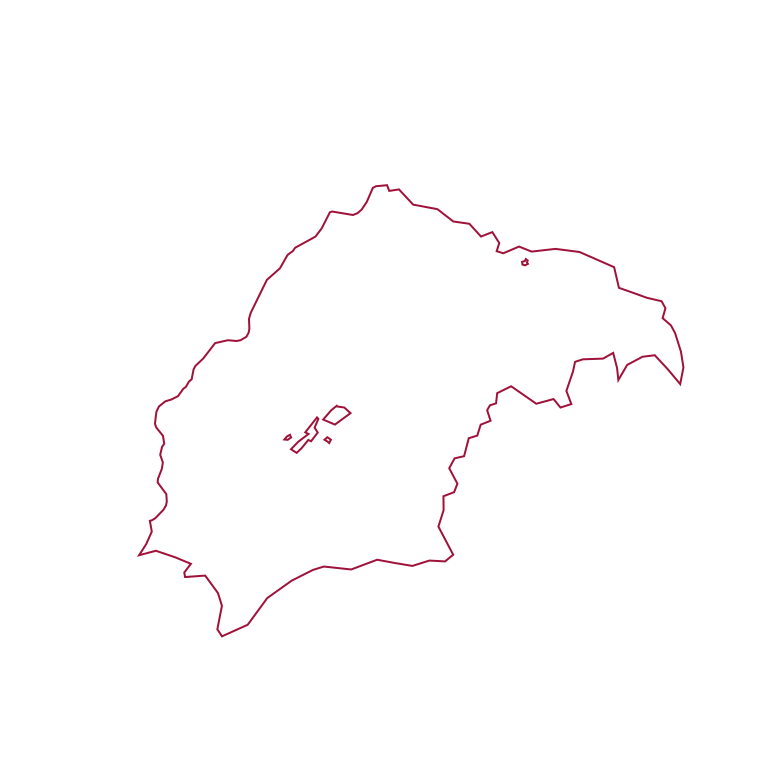 outline of Akhangaran, Tashkent, Uzbekistan, rotated 159°
{"feature_id": "79887680B39999061670418", "entity_name": "Akhangaran", "entity_type": "district", "adm_level": 2, "iso_a3": "UZB", "parent_name": "Uzbekistan", "parent_adm1": "Tashkent", "projection": "natural_earth1", "projection_center": [69.986, 40.976], "detail": "fine", "context": "isolated", "style": "outline", "palette": "rose", "viewbox_px": 768, "rotation_deg": 159, "n_neighbors": 0, "source": "geoboundaries", "source_scale": "gbopen_adm2", "svg_char_len": 2373}
<svg xmlns="http://www.w3.org/2000/svg" viewBox="0 0 768 768"><g transform="rotate(159 384 384)"><path d="M597.5,208.1L569.7,226.0L540.7,233.5L516.9,235.9L505.5,235.1L481.1,222.6L453.4,222.4L437.7,212.8L422.7,204.0L404.9,202.9L390.6,196.5L380.6,199.8L384.3,231.4L373.6,244.8L368.7,257.9L357.3,257.9L351.2,264.6L353.3,282.0L344.7,289.3L335.1,287.9L324.3,303.0L315.4,302.4L308.3,311.4L297.7,311.5L297.1,322.5L292.8,326.1L286.3,325.8L281.6,334.9L266.1,336.3L248.9,311.0L231.1,309.2L227.7,298.8L216.3,298.1L216.2,312.2L203.1,327.9L197.7,336.2L189.6,335.8L170.4,329.2L158.9,330.9L160.7,315.3L163.8,303.7L150.1,314.7L132.9,316.8L120.9,313.8L113.8,296.1L107.5,277.8L98.5,292.2L95.2,307.7L94.0,327.2L95.1,335.9L100.3,345.6L94.1,353.9L95.2,361.8L107.7,370.3L130.2,389.6L127.3,410.6L154.2,437.2L175.5,448.7L198.7,454.7L208.7,463.9L225.8,463.3L231.2,467.6L225.9,474.3L228.4,487.0L240.6,486.9L246.9,503.0L261.1,510.9L271.4,528.0L292.5,541.0L300.3,560.3L309.9,562.4L309.9,568.5L320.6,571.5L324.1,571.1L334.8,560.2L342.4,554.8L347.5,553.0L352.4,552.9L370.6,563.6L373.0,563.7L386.4,551.6L395.1,546.2L418.3,543.0L421.4,540.8L427.7,539.1L439.7,529.3L456.0,523.2L472.6,507.8L483.1,498.0L486.7,493.2L489.9,483.8L492.0,480.4L495.5,477.4L502.2,476.3L506.3,477.0L514.0,480.8L527.0,482.7L543.6,472.6L553.7,468.4L556.6,465.8L561.9,457.3L565.2,456.2L570.0,452.3L573.0,451.5L580.6,446.5L588.2,445.7L594.3,446.2L602.1,443.7L606.3,439.8L609.3,434.3L612.1,428.9L612.2,425.0L608.9,414.8L610.6,407.0L613.7,404.9L618.3,398.1L618.6,389.9L621.9,384.3L628.9,376.6L630.6,373.2L626.7,359.2L628.9,352.1L631.0,348.8L635.1,345.5L638.0,344.2L645.7,340.6L649.9,339.9L651.6,340.2L653.7,329.4L663.3,319.8L674.0,311.9L656.8,310.1L641.0,297.0L628.7,285.3L638.0,279.6L638.9,275.1L619.6,269.2L613.9,248.2L614.8,235.0L627.5,214.7L625.7,206.5L597.5,208.1ZM442.7,378.4L435.9,380.6L435.8,379.8L429.5,376.3L425.7,368.8L444.4,363.7L453.5,372.6L442.7,378.4ZM494.2,356.4L484.8,360.8L472.4,364.4L474.8,367.1L458.5,376.8L457.8,374.9L464.4,368.2L463.3,362.4L472.6,356.7L474.7,358.9L483.8,353.7L490.2,351.0L494.2,356.4ZM211.9,445.8L211.3,448.6L208.5,448.3L206.9,449.8L205.6,447.8L207.0,446.2L206.6,444.6L209.6,444.2L211.9,445.8ZM459.5,353.3L456.0,354.6L453.5,351.0L456.3,348.5L457.5,350.7L459.5,353.3ZM493.4,369.8L490.0,370.3L489.9,367.4L493.9,366.4L496.9,367.9L493.4,369.8Z" fill="none" stroke="#9f1239" stroke-width="2"/></g></svg>